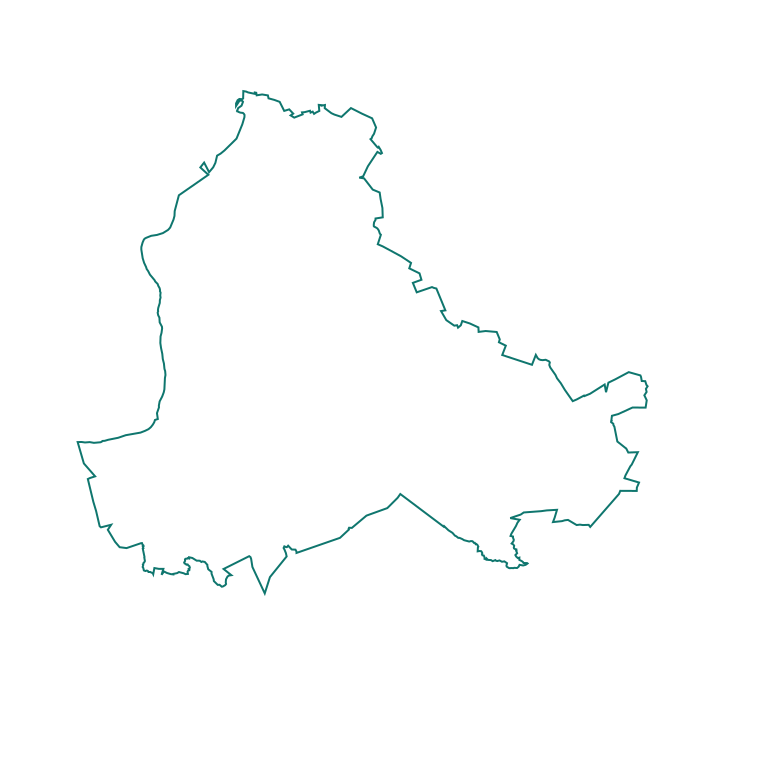 Copainalá, Chiapas, Mexico, rotated 108°
{"feature_id": "50627088B20312620560058", "entity_name": "Copainalá", "entity_type": "district", "adm_level": 2, "iso_a3": "MEX", "parent_name": "Mexico", "parent_adm1": "Chiapas", "projection": "natural_earth1", "projection_center": [-93.236, 17.116], "detail": "fine", "context": "isolated", "style": "outline", "palette": "teal", "viewbox_px": 768, "rotation_deg": 108, "n_neighbors": 0, "source": "geoboundaries", "source_scale": "gbopen_adm2", "svg_char_len": 6166}
<svg xmlns="http://www.w3.org/2000/svg" viewBox="0 0 768 768"><g transform="rotate(108 384 384)"><path d="M148.9,608.3L156.0,606.2L157.0,607.0L157.6,609.6L159.3,610.9L162.9,611.4L165.3,610.6L159.3,609.0L158.5,607.4L158.6,606.2L159.2,605.3L163.3,605.5L166.6,607.9L169.8,608.2L170.1,607.8L169.9,607.2L170.2,606.4L170.3,604.5L169.8,602.0L170.3,600.8L171.2,599.8L173.3,599.2L180.8,599.0L196.2,600.1L211.2,607.9L215.4,610.6L218.4,613.3L225.8,612.7L230.7,613.4L236.6,615.8L229.0,623.5L234.8,625.6L239.3,615.7L267.9,637.4L284.2,636.5L288.9,635.2L292.7,635.0L301.2,635.7L302.7,636.3L304.2,637.0L308.8,640.9L312.4,646.0L315.0,651.2L318.5,655.4L319.7,656.5L320.9,657.0L324.0,657.3L328.7,657.1L331.0,656.4L338.9,652.4L342.9,649.6L346.3,646.4L347.9,645.3L349.5,643.2L352.3,640.4L356.2,634.2L357.2,633.3L358.8,630.2L360.4,629.0L362.2,627.0L363.9,626.0L364.9,625.8L366.2,624.7L368.8,624.2L370.9,623.2L373.4,623.1L376.2,622.3L381.4,622.2L383.7,621.8L384.5,621.3L386.1,621.3L388.4,620.0L390.3,618.1L394.7,616.4L398.1,612.9L399.7,612.2L404.1,611.4L407.8,611.2L414.1,609.4L418.6,607.2L423.8,604.2L428.6,602.1L432.6,599.6L437.4,597.5L439.4,596.1L443.0,594.6L446.0,594.2L457.0,591.2L460.1,590.9L464.5,591.1L469.9,592.0L474.3,591.4L475.7,590.8L481.9,590.9L487.2,588.3L489.0,590.7L491.4,590.7L494.1,591.3L497.1,592.4L499.7,594.0L502.4,596.8L505.5,600.6L512.5,613.8L517.3,620.2L522.3,629.1L524.3,632.0L525.2,634.2L526.1,634.6L527.0,635.6L529.6,641.7L530.2,645.9L532.0,650.3L532.6,653.7L533.9,657.4L552.3,644.9L561.1,630.2L564.2,634.5L565.9,636.3L585.9,624.0L593.7,618.6L607.1,610.5L607.8,608.9L602.2,600.0L608.0,601.6L617.2,591.0L620.9,585.0L619.6,578.1L610.4,565.8L610.1,565.0L611.3,564.1L611.8,563.0L612.3,562.6L612.9,563.3L614.5,562.1L615.0,562.6L622.6,558.3L623.0,558.4L626.2,556.7L627.6,556.9L628.4,557.4L629.4,557.2L630.1,557.6L630.9,557.0L632.6,557.0L633.3,556.1L635.5,554.8L635.6,553.1L634.7,551.9L634.8,550.8L635.6,549.9L635.0,548.2L635.3,546.7L635.2,545.6L636.2,544.7L630.0,545.5L629.4,541.1L628.0,536.7L634.2,536.6L630.3,535.3L630.8,532.1L630.7,528.1L630.2,525.5L629.7,525.7L627.8,522.3L626.2,520.9L625.9,516.0L626.2,514.0L625.2,511.8L623.3,512.8L621.8,512.6L621.3,511.6L620.6,511.7L620.1,512.5L619.7,512.1L618.7,511.9L617.5,512.7L616.9,514.2L616.3,515.0L616.9,516.1L616.4,517.0L616.3,518.2L615.5,518.9L613.7,518.5L612.3,519.1L611.6,518.8L610.9,517.2L610.3,517.0L610.2,515.4L609.0,515.8L608.7,512.5L609.9,507.6L609.0,504.6L609.7,502.7L608.9,501.9L608.6,499.5L610.6,496.1L611.6,495.8L614.5,493.9L616.0,489.9L617.7,489.4L622.3,485.7L624.0,484.9L626.4,480.1L625.8,478.3L626.9,475.6L626.3,474.6L624.4,472.9L623.0,472.4L621.6,473.2L618.6,473.9L615.4,473.3L614.1,472.3L613.0,470.1L609.5,479.4L589.4,459.0L589.9,457.5L591.4,456.3L598.7,452.6L620.0,432.7L602.9,432.8L578.1,423.3L575.2,425.0L572.2,427.5L571.0,428.8L569.2,428.6L569.4,426.7L569.1,425.9L567.4,425.2L569.9,420.6L568.9,417.0L570.5,415.4L571.7,415.0L543.9,378.3L533.3,372.4L532.7,372.9L531.5,372.8L530.8,370.1L514.6,360.0L501.0,342.5L488.1,335.9L483.6,334.5L501.3,283.0L500.6,282.9L503.2,277.5L504.4,272.9L506.3,269.7L506.5,268.2L507.4,265.8L507.0,264.6L507.3,261.6L507.8,259.6L507.5,254.3L506.5,252.7L506.2,251.2L507.3,249.3L507.0,248.6L508.0,247.3L507.6,246.9L508.1,245.5L509.6,244.0L510.4,244.2L514.2,243.2L513.3,241.5L513.0,239.8L514.0,238.6L514.6,238.2L515.5,238.3L516.5,237.5L516.3,236.1L517.2,235.3L518.6,234.4L519.2,234.4L519.4,232.6L518.2,232.6L518.7,231.6L519.2,231.7L519.2,230.9L518.4,227.9L518.9,225.9L517.1,223.7L517.4,223.3L517.4,221.6L516.1,219.6L516.6,216.9L515.5,214.7L516.4,211.6L519.0,211.4L519.8,210.8L520.4,208.4L520.3,207.3L519.8,206.4L519.1,203.9L518.6,203.4L517.9,200.6L516.2,199.5L514.1,199.2L513.6,195.6L512.2,193.4L510.3,192.0L510.1,192.5L511.1,196.0L510.5,196.6L509.9,198.1L509.4,201.0L507.3,201.6L508.2,202.9L507.3,204.9L506.1,206.2L503.8,205.1L501.9,206.7L501.6,206.4L500.4,207.0L500.6,207.6L500.2,209.5L499.5,210.0L497.6,210.2L496.6,211.6L496.3,213.3L493.5,212.3L492.1,212.4L490.2,213.9L489.2,214.2L489.4,216.7L487.1,216.6L478.3,214.6L474.7,214.2L471.2,213.0L472.5,222.5L465.9,213.6L463.0,211.4L456.4,195.3L453.9,190.1L450.2,180.6L458.2,180.4L463.1,180.6L459.4,172.3L457.8,170.0L456.4,167.0L458.6,157.2L457.2,154.2L456.7,151.3L454.7,145.8L456.2,143.7L415.9,126.5L412.6,126.3L407.6,110.6L404.4,111.5L398.9,111.0L399.3,126.2L396.3,126.1L386.1,124.3L384.1,123.5L370.4,121.5L373.7,130.5L370.6,133.6L366.6,144.3L353.4,151.7L352.3,153.0L350.9,153.7L350.1,156.2L349.1,156.5L348.5,156.1L347.9,156.6L343.8,157.4L340.2,151.9L329.6,140.4L325.6,127.9L318.3,129.1L314.3,132.9L310.4,131.8L307.7,133.4L304.7,132.6L303.7,134.2L300.6,136.4L301.5,139.8L297.9,141.7L296.6,142.8L297.1,154.9L308.1,165.5L313.4,171.0L323.2,170.3L316.3,174.0L329.6,185.0L333.6,189.7L333.2,190.2L339.2,196.0L342.0,199.2L333.7,210.2L328.6,216.1L325.1,221.2L322.4,223.7L316.9,231.0L314.8,232.7L312.2,233.0L311.5,234.0L311.0,237.7L312.3,240.5L312.7,242.6L312.6,244.2L311.9,245.9L309.4,248.6L320.0,249.2L319.9,280.5L309.9,280.0L308.8,287.6L305.8,287.7L299.7,292.9L302.2,303.7L305.2,310.1L301.0,311.7L299.9,321.1L299.9,329.0L304.5,329.1L307.5,331.0L305.5,332.6L306.8,335.2L304.0,344.5L297.0,352.3L295.0,348.4L277.0,363.7L277.2,366.3L277.0,368.3L286.7,381.2L278.9,387.8L273.3,380.6L267.8,384.4L266.2,395.7L260.5,395.7L257.3,407.1L253.5,427.8L253.0,433.1L243.0,433.1L242.3,434.4L239.6,436.4L238.2,438.2L237.8,439.3L237.3,442.1L237.0,442.5L235.5,443.0L233.2,443.4L230.6,442.8L229.2,443.2L225.9,436.7L217.1,439.9L209.1,444.4L203.2,447.3L202.6,454.8L194.6,466.5L195.4,471.3L192.9,468.0L181.9,466.6L165.3,462.0L166.1,458.2L165.0,457.3L162.4,459.6L160.1,462.3L161.1,462.7L160.8,463.6L155.3,472.5L154.2,471.7L152.1,471.6L149.1,470.8L142.5,470.8L135.0,477.4L133.7,488.5L131.8,500.7L143.1,507.0L143.1,514.4L142.7,517.7L140.0,525.6L136.9,526.4L138.4,529.1L138.0,529.1L138.7,532.3L144.3,529.9L146.9,532.6L148.7,534.0L147.0,536.0L148.6,537.7L147.0,538.8L150.1,543.7L151.0,545.9L152.7,544.7L158.4,551.7L157.4,555.8L154.9,553.9L152.1,559.0L155.1,563.3L147.9,570.4L147.7,576.1L148.0,582.1L145.4,583.6L146.3,589.4L148.8,594.3L146.5,595.5L146.7,597.0L148.0,596.7L148.7,603.4L148.5,605.5L148.9,608.3Z" fill="none" stroke="#0f766e" stroke-width="2"/></g></svg>